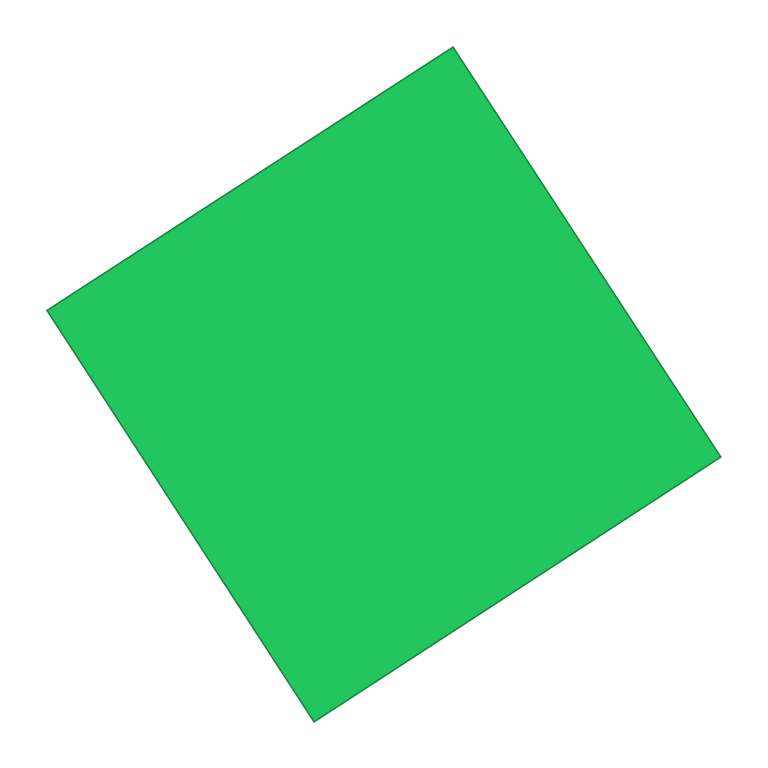 Hutchinson, Texas, United States of America (Mercator projection), rotated 237°
{"feature_id": "52423323B37064870430206", "entity_name": "Hutchinson", "entity_type": "district", "adm_level": 2, "iso_a3": "USA", "parent_name": "United States of America", "parent_adm1": "Texas", "projection": "mercator", "projection_center": [-101.408, 35.84], "detail": "fine", "context": "isolated", "style": "filled", "palette": "green", "viewbox_px": 768, "rotation_deg": 237, "n_neighbors": 0, "source": "geoboundaries", "source_scale": "gbopen_adm2", "svg_char_len": 231}
<svg xmlns="http://www.w3.org/2000/svg" viewBox="0 0 768 768"><g transform="rotate(237 384 384)"><path d="M138.7,141.3L139.3,626.7L629.0,625.4L629.3,141.4L138.7,141.3Z" fill="#22c55e" stroke="#15803d" stroke-width="1.5"/></g></svg>